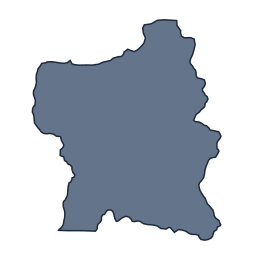 Ramla, HaMerkaz, Israel, rotated 182°
{"feature_id": "584046B58948260517771", "entity_name": "Ramla", "entity_type": "district", "adm_level": 2, "iso_a3": "ISR", "parent_name": "Israel", "parent_adm1": "HaMerkaz", "projection": "albers", "projection_center": [34.923, 31.918], "detail": "fine", "context": "isolated", "style": "filled", "palette": "slate", "viewbox_px": 256, "rotation_deg": 182, "n_neighbors": 0, "source": "geoboundaries", "source_scale": "gbopen_adm2", "svg_char_len": 3242}
<svg xmlns="http://www.w3.org/2000/svg" viewBox="0 0 256 256"><g transform="rotate(182 128 128)"><path d="M188.2,193.5L188.5,193.2L191.0,191.1L194.0,190.4L198.3,190.6L201.7,191.1L206.3,191.6L211.0,191.3L212.6,190.2L216.4,189.6L217.7,187.3L218.7,185.7L220.0,184.1L220.5,181.4L221.5,177.9L221.5,174.1L221.1,170.0L222.0,165.6L223.6,162.0L223.8,160.5L223.6,157.8L222.7,155.7L221.5,152.4L221.9,146.8L223.0,146.5L224.0,144.1L224.1,140.6L222.8,137.7L222.3,135.9L222.1,133.4L221.6,129.8L219.8,127.5L218.6,125.8L218.0,125.1L216.3,123.3L214.7,121.2L213.2,120.3L212.0,119.6L209.0,119.4L205.8,119.8L203.1,119.5L201.3,118.7L199.8,117.6L198.8,117.2L197.3,117.2L196.2,117.2L195.0,116.8L194.4,114.4L193.9,112.8L192.9,111.4L191.8,109.3L191.7,107.5L193.0,105.5L193.9,104.6L194.9,103.7L194.8,102.1L194.9,98.4L193.2,97.4L191.2,97.0L190.7,94.7L190.2,93.2L188.1,92.2L187.7,91.3L186.4,89.6L184.6,89.2L182.7,87.1L182.5,84.4L182.0,83.2L181.7,81.9L180.1,80.0L179.5,79.2L180.4,76.8L182.1,76.3L182.4,74.1L183.4,72.1L185.0,71.2L185.6,68.3L186.0,63.7L186.1,59.1L186.9,56.8L188.3,53.8L189.7,52.4L190.1,51.4L190.0,47.4L188.5,43.0L188.1,40.4L188.2,36.5L188.8,33.1L189.3,29.2L190.9,26.4L191.9,25.4L193.3,24.1L193.8,23.3L185.5,23.3L169.2,23.8L161.0,23.8L156.9,23.8L155.3,26.1L155.2,28.2L154.7,30.7L153.0,32.4L151.4,34.7L151.4,38.1L150.4,40.1L148.4,41.0L147.0,43.6L145.6,45.2L142.6,45.6L140.3,44.2L138.9,40.6L138.1,37.2L136.4,34.3L134.8,34.7L131.7,37.2L130.8,37.9L127.9,39.4L126.5,39.6L124.0,39.1L121.6,36.9L120.5,35.0L118.3,34.7L114.8,35.5L112.4,35.0L110.8,33.9L108.9,32.9L105.2,32.2L101.4,32.1L98.6,31.8L95.0,31.1L94.0,30.2L91.6,28.7L86.2,28.4L83.6,30.2L81.8,29.6L79.1,26.6L77.9,25.3L77.4,25.8L74.1,28.2L69.9,27.9L66.3,26.7L63.4,24.8L60.5,23.9L56.9,24.0L53.9,23.3L53.1,21.4L51.2,19.1L47.3,18.6L44.3,19.3L41.5,20.6L39.8,22.6L39.0,25.7L38.3,27.6L35.9,29.4L35.2,32.0L32.3,33.7L31.9,34.6L32.9,36.1L33.8,38.6L37.4,41.2L38.8,43.4L39.5,46.7L40.4,49.1L42.1,50.9L44.0,53.2L45.9,54.7L46.9,56.9L48.5,60.6L50.6,62.9L51.8,64.9L54.0,68.3L55.3,73.3L54.6,75.7L52.8,77.8L50.7,81.2L49.9,84.7L49.7,88.2L48.7,92.2L47.5,95.4L46.5,98.3L44.9,100.4L42.6,101.3L39.4,101.9L37.8,104.8L36.3,107.9L37.0,109.5L38.3,110.4L38.6,113.0L38.6,115.9L37.5,118.5L35.9,120.4L34.8,123.1L36.1,125.7L37.3,127.4L42.7,128.4L45.8,128.8L47.2,130.9L49.7,133.0L51.7,133.3L54.7,135.4L57.0,136.4L61.3,136.8L62.7,138.1L61.7,140.5L61.6,141.0L60.4,143.9L57.2,146.5L55.5,148.9L53.1,150.9L52.1,152.1L51.7,155.5L50.2,157.0L49.1,159.7L50.0,162.1L52.3,163.9L53.0,165.6L54.6,167.4L55.1,169.7L53.2,172.0L52.2,175.0L53.3,178.7L56.8,179.9L60.5,180.5L61.8,182.9L61.9,185.7L62.6,188.2L64.0,189.4L65.7,192.2L67.8,194.3L68.4,196.9L67.6,200.0L66.9,201.5L65.9,204.0L64.7,208.9L63.8,213.7L65.0,219.2L68.5,220.5L71.8,220.3L74.8,220.1L77.7,221.6L78.8,224.7L78.8,227.2L81.0,230.0L82.6,232.3L83.1,237.1L96.0,237.4L102.5,236.6L105.4,234.8L108.3,233.0L111.6,232.3L115.3,231.7L116.8,228.5L116.0,223.4L114.9,221.2L113.7,218.5L115.1,213.2L117.2,210.6L120.1,207.5L121.6,206.1L124.5,204.6L127.7,205.4L131.0,206.7L134.5,203.8L135.1,201.6L136.8,199.4L140.5,198.8L145.4,197.2L147.9,194.8L151.1,194.0L155.6,192.8L159.5,190.8L165.7,189.6L171.5,189.5L179.1,189.1L183.6,189.4L186.2,190.2L188.2,193.5Z" fill="#64748b" stroke="#1e293b" stroke-width="1.5"/></g></svg>